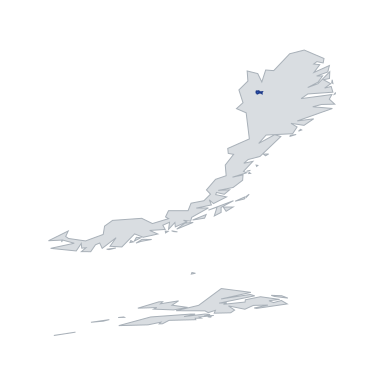 Hurdal nor, Akershus, Norway (highlighted), rotated 173°
{"feature_id": "86288312B40852234595117", "entity_name": "Hurdal nor", "entity_type": "district", "adm_level": 2, "iso_a3": "NOR", "parent_name": "Norway", "parent_adm1": "Akershus", "projection": "equal_earth", "projection_center": [10.985, 60.427], "detail": "fine", "context": "in_parent", "style": "filled", "palette": "blue", "viewbox_px": 384, "rotation_deg": 173, "n_neighbors": 0, "source": "geoboundaries", "source_scale": "gbopen_adm2", "svg_char_len": 4519}
<svg xmlns="http://www.w3.org/2000/svg" viewBox="0 0 384 384"><g transform="rotate(173 192 192)"><path d="M235.1,165.5L218.5,168.4L221.3,170.5L217.6,176.3L198.2,173.9L194.3,181.0L181.2,181.9L173.9,187.6L177.4,192.3L167.1,201.7L156.1,204.0L155.7,214.7L146.1,224.3L151.3,225.9L151.2,230.9L128.6,237.7L128.6,264.0L137.7,269.3L130.5,274.4L133.0,287.6L123.0,295.3L122.5,305.4L112.3,301.5L109.3,292.7L104.0,304.1L96.1,302.5L78.2,317.3L63.3,319.2L44.7,308.4L46.1,304.1L52.2,306.2L55.6,304.2L49.7,302.8L56.4,295.8L40.2,300.8L42.6,294.6L54.2,291.9L48.2,291.3L53.5,285.7L64.4,281.6L53.8,284.1L40.6,294.6L41.7,287.9L47.8,287.4L41.1,282.6L47.7,279.0L41.0,279.8L40.0,273.9L65.1,275.2L72.3,271.4L41.3,271.7L44.4,267.4L39.6,261.8L52.9,263.1L61.8,261.9L42.5,257.8L78.9,249.7L62.3,249.8L72.7,244.5L85.4,248.1L79.8,243.7L85.0,237.6L111.5,239.5L119.9,232.1L102.9,238.8L97.1,236.2L120.2,219.0L132.3,217.4L137.1,214.2L127.8,215.0L138.4,206.2L135.4,204.4L150.0,201.8L139.3,202.7L140.3,197.5L150.6,191.5L165.8,190.4L154.4,189.6L160.3,185.8L167.8,188.6L168.8,186.5L158.3,182.9L172.1,177.9L175.8,182.1L174.3,176.8L189.7,175.5L177.7,174.2L195.4,166.9L196.9,163.2L203.9,165.0L200.9,163.0L212.8,159.4L212.7,163.8L219.8,157.8L218.0,164.7L225.0,162.6L223.2,158.1L238.7,159.0L231.1,154.5L245.9,153.0L254.1,157.4L268.3,146.0L280.0,148.1L272.9,155.9L288.0,147.0L289.8,152.6L294.2,151.4L299.8,145.1L309.0,146.3L304.0,149.6L308.3,149.7L308.2,154.4L314.1,147.6L339.2,153.3L315.1,155.5L326.3,160.1L340.4,161.1L319.6,168.4L322.8,163.2L320.2,160.9L303.6,156.4L285.3,160.7L282.9,168.8L274.3,173.5L245.1,172.0L235.1,165.5ZM168.3,67.4L184.7,69.0L183.2,71.7L190.6,70.3L193.7,72.5L222.2,76.1L199.2,78.7L174.7,92.6L145.8,85.2L176.2,82.3L146.7,83.2L142.4,81.3L178.6,78.4L171.0,77.8L174.4,76.7L152.7,76.3L152.2,78.5L136.8,79.7L118.1,74.7L128.9,74.7L124.5,72.3L116.5,73.4L111.1,69.3L142.1,68.6L144.4,69.3L130.4,70.5L144.9,72.0L153.8,69.2L169.7,74.5L164.1,69.6L168.3,67.4ZM203.8,64.8L230.4,67.4L237.4,64.8L240.6,65.1L238.7,66.6L251.8,65.5L281.0,68.3L248.3,73.0L208.6,71.0L203.8,70.4L215.1,69.3L193.9,69.3L189.0,68.2L195.1,67.5L185.4,66.8L200.0,67.0L198.2,65.7L204.2,66.3L203.8,64.8ZM224.6,77.2L244.3,80.4L241.0,81.6L259.9,83.3L238.4,87.0L234.5,86.7L236.9,84.9L218.6,85.6L225.7,82.1L210.4,78.0L224.6,77.2ZM169.0,173.9L177.9,172.0L151.9,178.3L165.0,173.2L165.6,168.2L172.8,165.5L169.0,173.9ZM182.7,164.5L194.9,164.1L180.7,167.9L182.7,164.5ZM194.5,161.7L211.7,157.0L202.8,162.0L194.5,161.7ZM109.8,75.0L122.9,78.3L126.0,79.8L115.6,78.1L109.8,75.0ZM160.5,168.7L162.8,173.2L153.0,172.1L160.5,168.7ZM253.8,148.1L247.3,151.1L237.8,149.8L248.6,149.2L253.8,148.1ZM255.3,150.3L252.7,153.8L248.5,152.8L255.3,150.3ZM140.9,178.7L150.3,177.6L140.1,180.7L140.9,178.7ZM345.9,66.5L324.7,67.1L346.6,66.4L345.9,66.5ZM295.8,74.6L308.2,75.0L289.6,75.4L295.8,74.6ZM274.4,145.7L281.4,144.9L283.7,145.6L274.4,145.7ZM259.8,149.4L258.6,151.3L256.5,149.6L259.8,149.4ZM223.2,154.6L223.3,156.5L220.6,155.8L223.2,154.6ZM202.7,110.6L201.9,112.1L198.5,110.9L202.7,110.6ZM280.6,76.4L274.9,76.3L274.3,75.8L280.6,76.4ZM114.6,219.0L116.5,220.9L111.3,220.4L114.6,219.0ZM211.3,154.2L214.9,154.9L217.0,156.0L211.3,154.2ZM189.1,65.5L191.6,66.2L187.8,65.9L189.1,65.5ZM87.6,236.2L81.6,236.4L87.9,235.3L87.6,236.2ZM78.9,239.4L76.6,241.0L75.6,240.2L78.9,239.4ZM138.6,181.1L135.5,182.8L138.9,180.0L138.6,181.1ZM40.0,283.4L39.2,286.3L38.9,282.6L40.0,283.4ZM132.9,204.7L131.6,203.3L133.5,203.4L132.9,204.7ZM327.5,158.2L327.0,159.8L326.7,159.5L327.5,158.2ZM134.7,206.1L131.3,206.4L135.4,205.8L134.7,206.1ZM124.7,209.5L125.1,210.9L123.4,210.4L124.7,209.5ZM38.9,271.6L37.4,273.3L37.8,271.9L38.9,271.6Z" fill="#d9dde1" stroke="#a8b0b8" stroke-width="1"/><path d="M115.3,281.5L115.2,281.5L114.8,281.6L114.4,281.8L114.2,281.8L113.8,282.0L113.7,282.0L113.8,282.0L113.7,282.1L113.4,282.2L112.8,282.1L112.7,282.1L112.3,282.1L111.9,282.0L111.7,282.0L111.6,281.9L111.4,281.9L111.1,281.6L110.9,281.5L110.8,281.4L110.8,281.5L110.7,281.6L110.8,281.7L110.8,281.8L110.5,281.9L110.7,282.3L110.8,282.5L110.5,282.6L110.3,282.8L110.5,282.8L110.9,282.8L111.5,282.9L112.0,282.9L113.2,283.3L113.1,283.5L113.3,283.7L113.4,283.9L113.4,284.0L113.5,284.0L113.8,284.2L114.0,284.2L114.3,284.1L114.2,284.1L114.3,284.1L114.5,284.1L115.0,284.1L115.5,284.3L115.7,284.2L115.6,283.9L115.8,283.8L115.7,283.8L115.7,283.7L115.8,283.7L116.0,283.5L116.1,283.4L116.1,283.2L116.0,282.8L116.0,282.7L115.9,282.7L115.7,282.5L115.7,282.4L115.6,282.2L115.4,282.0L115.4,281.9L115.4,281.7L115.3,281.5Z" fill="#3b82f6" stroke="#1e3a8a" stroke-width="1.5"/></g></svg>